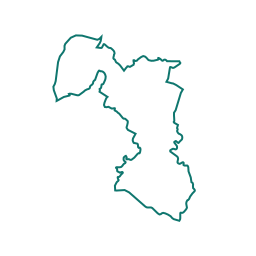 SVG path tracing the border of Trnavský, rotated 348°
{"feature_id": "SVK-1056", "entity_name": "Trnavský", "entity_type": "Region", "adm_level": 1, "iso_a3": "SVK", "parent_name": "Slovakia", "parent_adm1": "", "projection": "mercator", "projection_center": [17.553, 48.32], "detail": "fine", "context": "isolated", "style": "outline", "palette": "teal", "viewbox_px": 256, "rotation_deg": 348, "n_neighbors": 0, "source": "natural_earth", "source_scale": "10m", "svg_char_len": 5859}
<svg xmlns="http://www.w3.org/2000/svg" viewBox="0 0 256 256"><g transform="rotate(348 128 128)"><path d="M63.8,86.7L64.5,84.3L63.3,75.6L63.6,72.1L65.6,69.7L67.0,67.1L73.3,49.0L76.3,43.8L80.5,40.2L82.3,37.9L83.0,34.4L84.2,32.6L90.8,27.8L96.3,26.6L102.3,28.1L116.3,35.3L118.5,34.9L120.9,33.3L120.5,34.5L119.4,37.2L118.1,39.0L114.2,42.7L117.0,43.7L118.4,44.1L118.8,44.1L119.1,44.0L119.5,43.6L121.6,41.0L122.2,41.1L122.9,41.8L124.4,43.9L125.5,45.2L126.2,45.7L126.5,45.8L127.5,46.1L127.9,46.4L128.4,47.0L129.4,48.4L130.1,49.6L130.4,50.8L130.4,52.1L130.2,52.6L129.7,53.1L129.5,53.5L129.3,54.1L129.1,54.6L128.6,55.5L128.4,56.0L128.2,56.7L128.3,57.1L128.5,57.6L129.2,58.2L129.5,58.8L129.9,60.8L130.2,61.4L130.8,62.0L132.0,63.2L133.3,65.2L136.0,71.1L138.9,68.6L139.7,68.1L140.0,67.9L140.2,67.6L140.6,67.6L140.8,67.6L142.6,68.6L146.6,67.3L146.9,66.6L147.3,66.1L147.3,65.5L147.3,64.9L147.3,64.4L147.3,63.5L147.4,63.2L147.5,62.9L148.0,62.9L148.9,63.9L149.2,64.0L150.3,64.0L150.8,63.9L151.1,63.7L151.9,63.0L155.7,61.3L157.8,60.8L159.4,61.6L160.5,62.9L161.9,65.4L162.1,65.7L162.5,66.0L164.8,67.1L167.1,67.5L171.4,67.4L172.1,67.2L172.0,66.4L172.0,66.2L172.2,65.8L172.6,65.9L173.0,66.3L174.0,67.2L175.0,68.7L175.5,69.3L176.0,69.4L176.7,69.2L177.1,68.9L177.6,68.7L178.3,68.8L178.9,69.1L179.6,69.9L179.9,70.4L180.1,70.8L192.1,73.4L192.4,74.6L192.5,74.9L192.7,75.3L192.4,75.7L191.8,76.1L186.1,78.4L185.0,78.6L184.3,78.5L182.7,77.4L182.3,77.2L181.9,77.2L181.4,78.1L177.6,87.9L177.3,88.3L175.2,90.8L180.6,93.6L181.0,93.6L181.5,93.9L184.2,96.1L189.7,101.7L187.0,104.7L178.3,120.5L176.2,122.6L175.6,125.3L175.5,125.9L175.4,126.6L175.3,127.4L174.8,130.5L174.6,131.0L174.3,131.3L174.0,131.6L174.2,132.1L174.3,132.5L177.5,135.4L176.7,136.9L176.2,137.7L176.0,138.3L176.0,138.7L176.3,139.2L176.3,139.7L175.9,140.4L175.6,140.7L175.4,141.3L175.5,142.0L176.0,143.4L176.4,144.0L176.7,144.3L177.0,144.4L177.3,144.6L178.6,145.9L179.0,146.5L179.2,147.2L179.2,148.3L178.8,149.6L178.4,150.3L177.9,150.7L175.9,151.9L174.5,153.0L174.2,153.1L173.9,152.9L172.2,150.8L171.9,150.7L171.6,150.7L171.2,151.0L170.3,151.4L170.3,152.0L170.7,152.8L171.7,154.9L172.1,155.9L172.0,157.0L171.7,157.9L171.5,158.2L171.2,158.5L170.8,158.7L170.5,158.8L170.1,158.8L169.8,158.7L168.9,158.2L168.1,157.8L167.6,157.7L167.0,157.8L164.9,158.5L164.5,159.1L164.5,159.8L169.9,165.8L170.6,167.0L170.6,168.6L169.5,171.1L169.3,171.8L169.4,172.4L169.7,172.9L170.6,173.6L171.1,173.8L171.8,173.7L173.8,173.0L174.6,172.9L174.9,173.1L175.2,173.8L174.7,175.2L174.6,175.7L174.8,176.0L175.4,176.4L175.8,176.6L176.6,176.7L177.1,176.9L177.4,176.9L177.8,176.9L178.1,177.0L178.4,177.3L178.7,178.0L178.8,179.0L178.2,183.0L179.1,189.4L178.8,194.2L179.7,195.0L179.8,195.5L179.9,196.3L179.9,196.9L179.7,197.5L179.5,198.1L179.2,200.3L180.1,201.7L180.4,202.6L180.3,203.3L179.5,204.0L177.4,205.4L174.5,208.0L173.1,210.0L172.2,210.7L171.7,211.0L171.4,210.9L171.1,211.0L170.7,211.4L170.1,212.1L169.6,213.0L169.2,214.2L169.1,218.1L168.6,218.9L167.7,219.8L165.4,221.6L164.4,222.1L163.7,222.3L163.4,222.2L162.6,222.1L162.1,221.8L161.8,221.8L161.5,222.1L161.3,222.7L160.4,227.0L159.9,228.3L158.9,229.4L153.7,226.6L152.4,225.1L151.4,223.2L149.1,221.0L146.6,219.2L144.7,218.3L143.3,218.5L142.1,219.1L140.8,219.1L139.3,217.6L135.1,211.3L134.0,210.5L130.9,209.9L129.6,209.4L128.4,208.2L115.7,191.2L111.8,188.0L103.8,186.8L102.5,186.4L103.2,181.7L105.5,178.9L106.1,178.4L107.4,177.7L107.8,177.3L108.0,176.9L107.7,176.1L107.6,175.4L107.6,174.3L107.8,173.9L108.1,173.8L108.4,174.0L109.0,174.0L109.9,173.6L111.7,172.0L113.1,171.2L113.6,170.7L113.5,170.1L113.3,169.9L113.1,169.8L112.9,169.8L110.9,169.9L110.6,169.9L110.4,169.7L109.7,169.0L108.7,168.3L108.6,168.1L108.5,167.7L108.6,167.2L108.7,166.5L108.8,166.0L108.7,165.6L108.0,164.4L108.1,164.2L108.4,164.0L108.8,164.0L111.7,164.7L113.1,164.7L113.6,164.5L114.8,163.7L115.7,162.8L116.3,162.4L116.8,162.1L117.2,162.0L118.0,161.7L118.4,161.3L118.5,161.0L118.5,160.7L118.3,160.4L118.1,160.1L117.5,159.4L117.3,159.1L117.2,158.7L117.1,158.2L117.5,156.4L117.8,155.9L118.2,155.6L118.7,155.4L119.5,154.9L119.9,154.8L120.1,154.8L120.2,155.1L120.3,155.4L120.4,155.7L120.6,156.4L120.1,157.4L119.9,157.8L120.0,158.1L120.1,158.3L120.5,158.4L122.1,158.6L122.7,158.9L123.6,159.6L124.2,159.8L124.8,159.8L128.0,158.3L132.0,155.3L133.3,154.8L134.0,155.1L134.4,154.7L134.9,153.9L135.7,151.8L135.8,151.0L135.8,150.4L135.6,150.2L135.4,149.7L135.2,149.6L134.5,149.7L134.2,149.4L133.9,148.7L134.2,146.7L134.2,145.9L133.9,145.3L131.4,144.1L130.8,144.0L130.5,143.7L130.3,143.1L130.0,141.4L130.2,140.5L130.7,139.3L134.2,135.2L127.5,129.8L126.7,127.7L126.7,127.3L126.8,126.9L127.7,125.3L128.8,122.9L129.1,121.8L129.1,121.1L128.8,120.7L128.4,120.1L128.0,119.5L127.4,118.7L127.0,118.3L126.5,118.1L125.8,118.0L125.4,117.7L124.9,117.0L122.8,112.9L122.3,112.0L121.3,111.0L120.5,109.7L120.0,109.2L118.9,108.3L118.6,107.9L118.7,107.5L118.9,107.1L119.2,106.4L119.2,106.0L118.8,105.8L116.6,105.7L116.1,105.6L115.7,105.3L115.0,104.6L114.1,104.0L113.8,103.6L113.5,103.3L113.3,103.2L113.0,103.2L111.3,103.2L109.7,102.6L109.3,100.5L110.3,98.3L112.2,95.4L112.8,94.6L113.3,94.0L114.4,93.3L107.7,86.6L108.4,85.1L108.3,84.0L109.7,83.3L110.0,83.0L110.2,82.7L111.1,80.3L111.3,80.0L111.7,79.9L112.1,80.0L112.6,79.9L112.9,79.8L113.3,79.4L115.5,76.4L116.2,75.1L116.9,73.0L116.8,71.2L116.5,69.9L116.1,69.0L115.6,68.3L115.1,67.7L114.6,67.4L114.2,67.1L112.9,66.8L112.6,66.6L112.4,66.3L112.1,66.0L111.5,65.9L110.7,66.6L109.6,67.9L106.1,73.6L106.0,73.9L105.8,74.1L105.6,74.1L105.4,74.2L105.2,74.3L104.4,74.8L103.8,75.4L103.5,75.8L103.4,76.1L103.1,76.9L102.9,77.3L102.6,77.5L101.7,78.2L100.5,78.7L100.0,79.0L99.5,79.6L99.0,80.8L98.5,81.3L97.5,81.6L96.0,81.7L93.8,82.3L92.1,83.3L87.0,85.6L86.3,85.7L85.1,85.4L79.6,82.7L78.0,82.3L77.3,82.4L77.6,83.2L77.8,83.7L77.7,84.0L77.3,84.1L71.7,84.3L64.2,86.6L63.8,86.7Z" fill="none" stroke="#0f766e" stroke-width="2"/></g></svg>